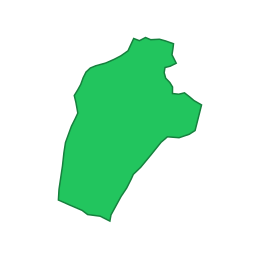 outline of Itapissuma, Pernambuco, Brazil, rotated 24°
{"feature_id": "56859067B55020362717287", "entity_name": "Itapissuma", "entity_type": "district", "adm_level": 2, "iso_a3": "BRA", "parent_name": "Brazil", "parent_adm1": "Pernambuco", "projection": "orthographic", "projection_center": [-34.907, -7.746], "detail": "fine", "context": "isolated", "style": "filled", "palette": "green", "viewbox_px": 256, "rotation_deg": 24, "n_neighbors": 0, "source": "geoboundaries", "source_scale": "gbopen_adm2", "svg_char_len": 838}
<svg xmlns="http://www.w3.org/2000/svg" viewBox="0 0 256 256"><g transform="rotate(24 128 128)"><path d="M96.8,43.9L96.6,57.5L92.2,64.9L87.4,70.9L81.1,77.8L73.4,84.1L69.2,88.5L66.9,93.9L66.6,100.2L67.1,107.5L66.6,113.4L65.7,120.2L70.0,125.8L76.1,134.8L76.0,140.9L75.6,149.4L76.8,166.7L79.5,176.6L83.6,189.4L89.9,212.0L93.7,222.1L106.5,222.1L119.6,221.9L126.3,223.5L138.4,219.9L149.3,220.4L147.8,214.3L149.5,193.3L151.2,183.4L151.7,173.2L151.7,168.2L155.6,158.6L160.1,142.4L164.0,127.6L167.6,120.0L178.6,116.1L186.5,108.8L190.3,103.0L185.8,77.0L177.1,76.1L172.0,74.6L165.3,72.9L160.6,76.5L154.6,78.4L152.0,72.4L147.8,69.5L142.2,67.2L138.5,62.7L137.2,57.7L141.4,54.4L145.7,49.2L138.4,43.2L136.7,37.0L135.3,32.5L126.8,33.2L120.7,34.1L112.8,38.1L107.2,38.2L102.9,43.6L96.8,43.9Z" fill="#22c55e" stroke="#15803d" stroke-width="1.5"/></g></svg>